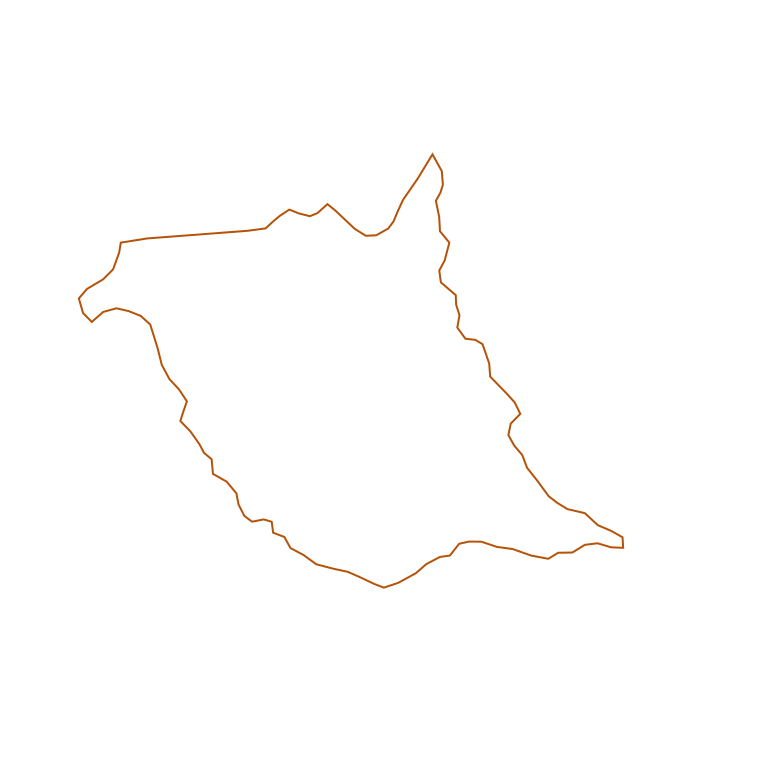 the district of Santa Rosa de Goiás, Goiás, Brazil, rotated 317°
{"feature_id": "56859067B49023245121692", "entity_name": "Santa Rosa de Goiás", "entity_type": "district", "adm_level": 2, "iso_a3": "BRA", "parent_name": "Brazil", "parent_adm1": "Goiás", "projection": "albers", "projection_center": [-49.481, -16.071], "detail": "fine", "context": "isolated", "style": "outline", "palette": "amber", "viewbox_px": 768, "rotation_deg": 317, "n_neighbors": 0, "source": "geoboundaries", "source_scale": "gbopen_adm2", "svg_char_len": 1570}
<svg xmlns="http://www.w3.org/2000/svg" viewBox="0 0 768 768"><g transform="rotate(317 384 384)"><path d="M453.9,658.8L450.1,646.7L444.1,633.1L442.8,615.5L432.8,600.5L429.6,588.8L427.9,578.4L430.1,559.9L431.5,542.8L436.7,530.2L437.2,518.0L440.1,506.2L449.7,499.4L463.3,498.8L467.0,486.7L467.2,474.5L466.7,451.0L474.9,440.8L483.2,422.1L480.9,414.0L474.4,406.4L476.1,392.7L486.1,385.2L490.8,375.3L497.1,367.9L494.9,348.5L501.8,338.7L512.7,335.0L528.2,325.2L529.1,310.5L538.4,299.3L546.9,285.4L555.6,282.6L562.9,278.5L571.4,267.8L576.1,249.1L548.2,256.9L523.5,262.3L511.3,267.3L501.9,271.6L493.1,273.2L479.7,269.9L471.8,263.2L468.4,250.5L466.7,223.8L465.3,213.9L451.8,213.6L444.2,210.7L438.1,201.2L433.7,191.9L422.7,190.0L414.3,189.5L403.6,189.5L389.1,179.2L309.9,115.9L287.9,101.1L279.9,107.3L264.0,115.4L250.0,115.9L231.7,111.9L219.2,113.3L212.3,126.8L212.6,139.3L227.8,139.8L240.0,146.2L247.0,156.6L252.5,168.3L253.6,181.0L247.8,193.2L242.6,203.9L234.5,218.5L230.4,234.2L230.4,248.2L228.0,262.3L219.2,266.9L209.8,272.2L210.1,286.6L207.9,302.4L205.4,311.6L206.6,321.5L197.6,333.1L202.3,348.0L201.5,363.3L195.4,373.0L191.9,385.2L193.6,394.7L203.7,401.0L207.9,408.2L201.5,417.2L206.8,427.9L203.7,440.2L208.5,454.1L211.5,469.6L221.0,484.6L229.3,496.5L234.5,508.5L240.6,523.8L245.0,532.8L258.7,539.1L278.3,544.1L292.2,544.6L306.9,548.6L315.2,554.4L330.0,552.1L338.7,557.2L347.6,565.7L355.6,580.3L365.5,592.4L374.7,610.0L385.0,623.9L396.3,626.2L406.8,635.7L421.2,638.6L431.5,646.1L438.7,658.3L447.2,666.9L453.9,658.8Z" fill="none" stroke="#b45309" stroke-width="2"/></g></svg>